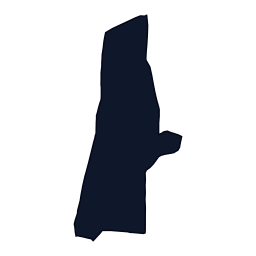 the district of Al-Midaina, Al-Basrah, Iraq
{"feature_id": "34846034B84303625922159", "entity_name": "Al-Midaina", "entity_type": "district", "adm_level": 2, "iso_a3": "IRQ", "parent_name": "Iraq", "parent_adm1": "Al-Basrah", "projection": "mercator", "projection_center": [47.228, 30.976], "detail": "fine", "context": "isolated", "style": "filled", "palette": "ink", "viewbox_px": 256, "rotation_deg": 0, "n_neighbors": 0, "source": "geoboundaries", "source_scale": "gbopen_adm2", "svg_char_len": 1608}
<svg xmlns="http://www.w3.org/2000/svg" viewBox="0 0 256 256"><path d="M76.1,236.0L77.5,235.7L80.5,236.3L83.5,236.9L87.0,237.8L90.7,238.6L91.4,238.7L92.5,240.0L93.2,240.6L95.2,238.4L97.3,236.1L100.1,233.1L102.2,230.4L111.0,230.4L127.7,231.7L130.4,232.4L132.5,232.4L138.0,232.9L143.4,233.4L145.0,232.9L145.2,229.4L145.2,223.2L145.2,215.5L145.3,209.3L145.3,207.4L144.9,199.7L145.2,192.9L145.0,185.5L145.3,179.2L145.0,172.8L146.2,170.1L150.1,167.2L153.4,163.7L158.5,156.7L161.0,155.2L165.2,154.1L170.0,153.3L173.7,152.6L177.9,150.1L179.4,147.4L180.1,143.7L180.4,142.1L181.6,136.6L178.3,135.0L175.2,134.0L174.1,133.6L170.7,132.6L167.3,131.2L163.8,131.9L161.6,133.4L158.6,134.6L158.6,134.2L158.6,128.4L158.6,123.1L159.1,116.2L159.1,109.4L158.5,106.8L156.5,99.6L154.7,91.8L152.9,82.5L151.7,75.7L149.8,67.0L145.9,60.2L145.8,58.1L146.1,51.8L146.7,44.9L147.3,34.9L147.6,25.5L146.7,15.9L146.6,15.4L144.7,16.2L140.3,16.0L135.3,18.0L118.1,26.0L116.7,26.7L113.0,28.4L107.7,31.5L105.7,32.7L104.8,37.0L104.0,41.7L103.3,48.1L102.3,54.4L102.1,59.5L101.9,62.3L101.9,66.0L101.2,72.8L101.2,74.3L101.2,75.3L101.2,76.4L101.2,79.3L101.1,85.2L101.4,87.0L101.4,88.6L101.4,91.0L101.4,94.2L101.4,96.8L101.2,99.6L99.6,104.3L98.5,108.4L97.7,111.7L97.2,113.6L96.6,115.5L96.6,116.6L96.6,118.8L96.4,121.8L96.2,130.0L96.2,132.0L96.0,134.0L95.3,135.8L95.0,137.9L93.8,142.1L91.8,150.3L88.6,163.2L87.4,167.6L86.5,171.1L85.1,176.0L82.7,186.5L82.2,189.5L82.0,190.5L81.2,194.6L80.3,200.6L77.7,210.6L77.6,213.0L77.0,215.2L75.5,219.6L74.7,222.8L74.4,224.1L75.0,227.6L75.4,232.2L76.1,236.0Z" fill="#0f172a" stroke="#020617" stroke-width="1.5"/></svg>